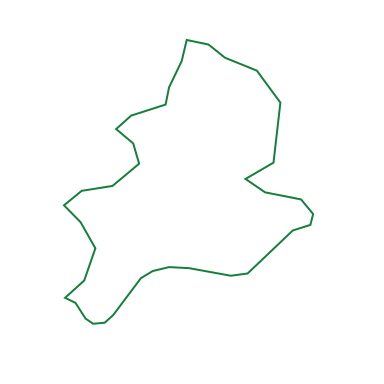 the Municipality of Ciblas, rotated 101°
{"feature_id": "LVA-5745", "entity_name": "Ciblas", "entity_type": "Municipality", "adm_level": 1, "iso_a3": "LVA", "parent_name": "Latvia", "parent_adm1": "", "projection": "albers", "projection_center": [27.868, 56.613], "detail": "fine", "context": "isolated", "style": "outline", "palette": "green", "viewbox_px": 384, "rotation_deg": 101, "n_neighbors": 0, "source": "natural_earth", "source_scale": "10m", "svg_char_len": 610}
<svg xmlns="http://www.w3.org/2000/svg" viewBox="0 0 384 384"><g transform="rotate(101 192 192)"><path d="M201.7,69.5L210.5,85.7L261.4,121.9L266.8,137.9L267.3,180.3L270.1,200.2L277.1,215.5L286.3,225.7L327.9,245.9L337.0,252.8L340.2,263.9L336.6,272.3L323.1,285.2L320.1,296.4L299.4,280.9L265.7,276.1L242.9,295.6L229.5,315.1L211.9,300.5L201.2,271.2L174.3,249.3L155.5,259.0L144.7,278.5L128.6,266.3L111.2,234.6L93.7,234.5L65.5,227.1L43.8,226.2L44.1,203.9L53.9,185.3L60.5,151.5L87.4,122.3L147.6,117.6L169.0,142.0L178.4,120.1L178.5,83.5L190.5,68.9L201.7,69.5Z" fill="none" stroke="#15803d" stroke-width="2"/></g></svg>